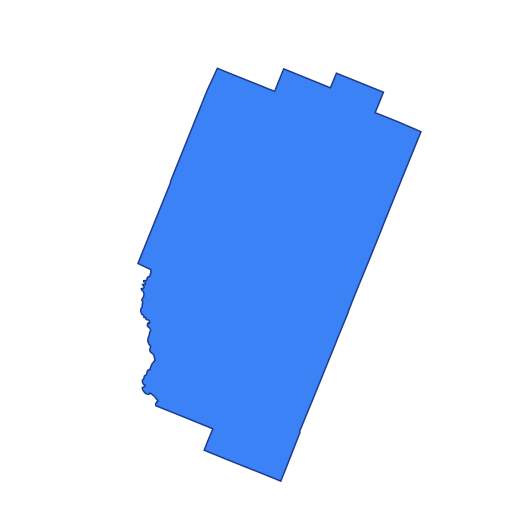 the district of Teton, Wyoming, United States of America, rotated 202°
{"feature_id": "52423323B3751484868396", "entity_name": "Teton", "entity_type": "district", "adm_level": 2, "iso_a3": "USA", "parent_name": "United States of America", "parent_adm1": "Wyoming", "projection": "equal_earth", "projection_center": [-110.362, 43.951], "detail": "fine", "context": "isolated", "style": "filled", "palette": "blue", "viewbox_px": 512, "rotation_deg": 202, "n_neighbors": 0, "source": "geoboundaries", "source_scale": "gbopen_adm2", "svg_char_len": 2857}
<svg xmlns="http://www.w3.org/2000/svg" viewBox="0 0 512 512"><g transform="rotate(202 256 256)"><path d="M149.7,381.0L149.6,433.0L174.7,433.6L199.2,433.5L199.2,455.6L249.9,455.6L250.0,439.8L300.4,439.9L300.4,415.6L343.0,415.5L355.3,415.5L362.1,415.6L363.3,391.2L363.2,293.4L362.7,291.6L362.7,239.4L362.7,235.6L362.7,210.4L362.6,204.8L348.8,204.0L348.0,203.4L347.6,202.0L347.1,201.8L347.1,200.9L347.3,199.9L346.9,199.2L347.1,198.3L347.0,197.0L348.3,196.2L348.6,195.2L348.6,194.2L348.2,193.7L348.3,192.6L349.3,191.9L350.9,191.0L350.4,190.1L349.4,190.6L348.4,189.7L348.0,188.3L349.0,187.8L349.3,188.0L350.5,187.0L349.1,186.0L348.0,185.5L348.2,183.8L349.0,183.5L350.1,182.7L349.7,182.1L348.9,181.4L348.4,181.7L346.8,180.4L345.5,178.7L345.0,176.2L345.4,173.5L345.3,172.1L344.0,171.4L343.5,169.6L343.2,167.9L342.3,165.9L343.0,164.3L342.1,161.3L339.9,159.2L338.0,158.9L337.1,157.7L336.9,157.1L335.5,157.5L334.7,157.3L334.6,156.7L334.0,156.0L331.7,156.4L330.5,155.9L329.8,155.0L329.7,153.9L330.2,153.9L330.4,154.2L330.5,154.1L330.4,153.7L330.1,153.3L329.9,153.1L330.0,153.2L330.3,152.8L330.4,152.6L330.7,152.7L330.8,152.6L330.8,152.4L330.8,152.1L330.9,152.4L331.0,152.5L331.0,152.4L331.0,152.0L330.7,151.7L330.8,151.5L330.8,151.3L330.6,151.0L330.5,150.4L329.3,149.9L327.8,149.4L326.5,148.6L325.9,147.7L325.7,146.5L326.1,145.5L325.6,143.9L325.5,142.9L325.2,141.5L325.4,140.4L325.1,139.0L325.0,137.9L324.6,136.8L323.9,135.8L322.8,134.8L322.3,134.1L321.1,133.5L320.1,133.3L319.7,132.3L319.7,131.5L319.5,130.3L319.5,129.4L318.7,128.2L318.1,127.6L316.9,127.2L316.2,126.9L315.6,126.7L314.6,126.5L313.9,125.9L313.3,125.5L312.5,124.6L312.0,123.4L311.4,122.7L310.5,121.5L310.7,120.5L311.3,120.0L311.4,118.6L312.0,116.7L312.1,115.3L311.9,113.6L312.0,112.5L311.9,111.5L311.8,110.7L312.0,110.4L312.5,110.2L312.8,110.3L313.3,109.7L313.5,109.2L313.7,108.4L313.5,107.6L313.2,106.0L313.2,105.2L313.7,104.1L314.5,103.1L314.5,102.4L314.1,101.1L314.3,100.3L314.3,99.4L314.8,98.4L314.5,97.4L313.6,96.1L312.5,95.1L311.7,94.7L311.1,94.9L310.5,94.7L310.2,94.2L310.3,93.9L310.6,93.3L310.8,92.7L311.1,92.2L311.6,92.1L312.1,91.5L311.9,90.7L310.7,89.4L309.2,88.3L307.5,87.4L306.3,87.1L305.6,87.4L304.4,87.5L303.5,87.6L303.0,88.3L303.1,88.9L302.9,89.0L302.5,89.3L302.2,89.2L301.4,89.1L300.2,88.6L298.7,88.1L297.0,87.7L295.8,86.7L294.8,86.1L293.8,85.6L292.6,85.1L292.6,84.0L293.4,83.6L293.6,81.1L292.7,79.6L259.9,79.7L231.3,79.6L231.4,65.3L231.3,56.5L207.6,56.4L184.2,56.5L167.1,56.6L160.3,56.6L148.7,56.5L148.7,68.0L149.1,108.6L149.8,109.8L149.8,119.8L149.8,120.4L149.7,137.3L149.6,143.2L149.5,206.8L149.6,209.6L149.5,224.1L149.5,224.7L149.5,224.8L149.4,236.0L149.7,241.6L149.7,246.2L149.8,248.6L149.8,267.2L149.6,293.0L149.6,317.8L149.6,319.2L149.6,328.8L149.7,329.3L149.6,329.6L149.7,330.7L149.7,336.8L149.7,358.1L149.7,381.0Z" fill="#3b82f6" stroke="#1e3a8a" stroke-width="1.5"/></g></svg>